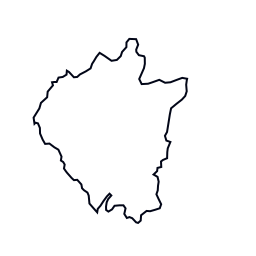 Souni Zanakia, Limassol, Cyprus (Mercator projection), rotated 232°
{"feature_id": "46923920B21647228964457", "entity_name": "Souni Zanakia", "entity_type": "district", "adm_level": 2, "iso_a3": "CYP", "parent_name": "Cyprus", "parent_adm1": "Limassol", "projection": "mercator", "projection_center": [32.882, 34.731], "detail": "fine", "context": "isolated", "style": "outline", "palette": "ink", "viewbox_px": 256, "rotation_deg": 232, "n_neighbors": 0, "source": "geoboundaries", "source_scale": "gbopen_adm2", "svg_char_len": 1707}
<svg xmlns="http://www.w3.org/2000/svg" viewBox="0 0 256 256"><g transform="rotate(232 128 128)"><path d="M130.4,204.9L134.1,201.6L135.8,196.4L137.9,189.6L140.8,185.1L146.7,182.3L149.0,175.4L150.5,171.1L154.2,165.8L159.7,167.0L165.3,177.4L168.2,180.8L173.1,184.5L174.7,184.8L178.7,181.4L182.9,181.5L184.7,182.7L187.4,187.3L193.0,189.1L197.4,183.9L196.4,179.5L192.7,176.5L191.6,170.2L189.1,166.5L188.5,161.1L191.1,156.4L199.3,153.9L204.7,151.9L203.5,146.9L201.6,142.0L200.7,139.3L198.0,135.2L198.6,129.6L199.8,123.1L199.5,119.4L201.3,116.6L208.4,116.0L210.8,115.1L207.9,112.4L208.4,108.0L210.5,104.3L208.2,100.1L210.0,97.7L210.8,96.3L207.8,95.1L206.1,87.1L202.0,83.2L201.4,74.9L198.0,70.2L194.3,60.0L188.9,56.9L189.1,58.4L187.1,59.9L182.3,58.6L177.8,55.3L171.4,53.6L166.5,52.9L164.1,56.5L158.1,58.1L153.8,59.8L146.4,58.0L143.7,55.1L141.1,56.0L138.2,55.6L135.5,52.6L132.0,52.4L130.2,52.4L123.3,52.8L120.2,53.3L118.4,56.1L112.2,56.5L108.8,54.7L106.1,55.0L102.1,56.3L98.9,55.4L92.2,51.1L85.0,51.5L80.5,51.8L82.9,54.4L83.7,58.5L85.5,63.6L87.1,69.3L87.6,73.0L85.1,73.3L84.2,68.6L82.6,65.5L79.6,62.3L76.9,60.3L74.2,61.1L73.7,65.3L75.0,69.5L72.3,73.7L69.9,76.8L66.2,76.6L62.6,72.2L57.8,71.7L56.9,74.3L54.3,75.8L48.7,76.3L47.0,77.5L47.2,81.0L51.2,84.6L51.2,91.6L48.8,94.2L46.8,99.2L45.2,103.6L47.5,107.2L53.2,108.4L58.3,109.6L60.5,113.0L64.0,116.1L66.8,119.1L71.3,121.2L75.6,119.5L76.1,124.4L78.4,126.7L76.8,130.2L81.3,133.4L81.3,135.8L80.6,138.5L80.1,140.2L84.8,144.1L87.5,146.8L90.9,152.8L94.5,150.5L99.1,152.3L100.8,156.3L107.5,163.5L113.1,169.5L117.0,174.1L117.2,181.0L117.2,187.9L118.0,192.8L120.8,196.9L121.9,197.6L126.3,200.5L129.5,203.8L130.4,204.9Z" fill="none" stroke="#020617" stroke-width="2"/></g></svg>